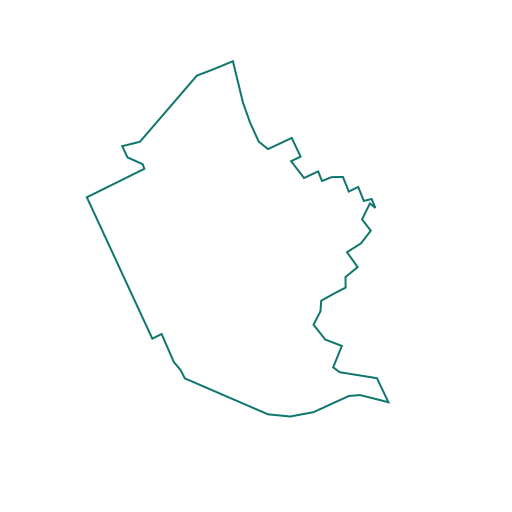 Etowah, Alabama, United States of America (Albers equal-area conic projection), rotated 245°
{"feature_id": "52423323B46857882117510", "entity_name": "Etowah", "entity_type": "district", "adm_level": 2, "iso_a3": "USA", "parent_name": "United States of America", "parent_adm1": "Alabama", "projection": "albers", "projection_center": [-86.062, 34.021], "detail": "fine", "context": "isolated", "style": "outline", "palette": "teal", "viewbox_px": 512, "rotation_deg": 245, "n_neighbors": 0, "source": "geoboundaries", "source_scale": "gbopen_adm2", "svg_char_len": 831}
<svg xmlns="http://www.w3.org/2000/svg" viewBox="0 0 512 512"><g transform="rotate(245 256 256)"><path d="M94.1,314.0L115.3,282.7L122.5,278.9L138.2,295.8L150.9,283.5L169.4,279.1L178.7,291.1L187.9,296.2L189.0,310.9L189.5,323.9L199.1,328.2L203.0,343.4L221.0,340.1L223.1,356.5L230.4,370.7L244.4,367.6L255.5,381.5L249.1,384.5L258.8,384.9L260.3,377.0L275.4,377.8L275.2,367.3L290.9,368.2L295.5,357.9L296.1,347.5L306.4,348.1L306.4,340.5L306.4,332.5L327.1,327.9L327.2,338.4L347.9,338.3L347.8,312.1L358.4,306.8L379.5,307.0L400.5,309.0L442.3,317.4L443.4,293.5L444.5,278.7L408.6,199.1L412.1,181.2L399.7,181.2L387.1,192.1L382.2,191.6L380.7,127.5L224.9,127.1L225.2,137.5L194.7,136.7L184.7,139.4L175.1,139.8L107.5,199.9L96.1,219.1L90.2,241.9L89.9,281.0L86.0,291.5L67.5,314.2L94.1,314.0Z" fill="none" stroke="#0f766e" stroke-width="2"/></g></svg>